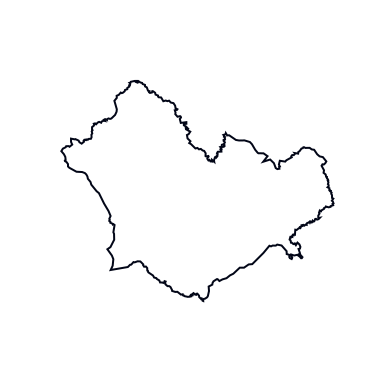 the district of Phon Thong, Roi Et, Thailand, rotated 311°
{"feature_id": "78962969B17722386681463", "entity_name": "Phon Thong", "entity_type": "district", "adm_level": 2, "iso_a3": "THA", "parent_name": "Thailand", "parent_adm1": "Roi Et", "projection": "robinson", "projection_center": [103.964, 16.293], "detail": "fine", "context": "isolated", "style": "outline", "palette": "ink", "viewbox_px": 384, "rotation_deg": 311, "n_neighbors": 0, "source": "geoboundaries", "source_scale": "gbopen_adm2", "svg_char_len": 6053}
<svg xmlns="http://www.w3.org/2000/svg" viewBox="0 0 384 384"><g transform="rotate(311 192 192)"><path d="M140.0,66.1L137.1,66.6L136.5,70.5L135.4,73.3L133.6,75.3L132.6,75.4L132.7,75.9L132.0,76.1L132.3,77.7L131.7,80.1L129.9,81.7L129.8,83.5L131.5,91.5L135.0,96.0L136.0,98.7L135.9,100.7L135.1,102.9L133.7,104.7L133.0,108.8L131.5,111.1L130.0,119.5L130.1,122.5L125.6,133.2L122.9,141.4L120.5,146.3L117.5,147.2L117.2,148.0L115.9,148.5L116.0,149.9L115.2,150.5L115.9,152.7L115.5,153.6L116.2,153.8L116.3,155.2L110.0,159.1L109.3,160.6L104.9,164.6L96.9,166.6L93.3,165.7L91.5,173.2L89.7,176.7L84.3,180.5L79.8,181.8L93.3,192.8L96.4,193.0L97.4,193.8L100.7,193.8L101.3,194.9L104.0,196.4L105.7,198.6L105.4,202.7L104.7,203.1L104.2,204.9L105.5,206.1L105.2,208.1L103.4,209.8L103.6,210.4L102.7,211.7L103.4,217.4L102.6,219.5L103.6,221.6L103.3,222.5L103.8,225.3L102.8,227.3L104.4,229.2L104.5,230.0L105.2,230.3L106.7,229.8L107.1,230.8L105.5,231.2L105.7,231.7L104.9,232.5L104.9,235.3L106.0,236.6L106.2,238.0L105.0,241.1L104.3,241.9L105.6,244.9L107.1,246.5L107.3,251.0L108.7,252.1L108.1,253.0L108.6,253.8L108.4,254.5L110.1,257.6L111.4,258.9L112.2,258.8L111.9,259.3L112.9,260.0L113.8,259.5L114.2,259.9L114.4,259.3L114.9,259.8L115.4,259.2L116.7,259.5L116.6,261.7L117.2,262.6L118.1,262.1L118.8,262.7L118.4,265.3L117.4,266.4L117.3,267.9L118.0,268.9L117.1,269.5L117.5,270.8L116.9,271.4L117.1,272.0L118.5,270.7L120.2,271.9L122.5,272.5L124.0,272.2L128.4,269.8L131.6,266.6L135.4,268.1L136.8,267.2L138.7,266.8L142.5,267.9L143.0,268.5L142.8,271.1L146.0,272.3L149.6,274.6L154.1,275.4L157.4,276.8L166.2,277.7L169.0,280.9L174.5,282.3L177.1,284.8L192.8,285.9L202.2,285.7L202.8,287.3L204.5,288.0L206.5,290.4L208.2,290.8L210.4,294.7L209.4,302.2L207.3,304.2L208.5,306.9L206.8,308.0L206.3,309.2L206.8,311.2L207.4,311.1L208.4,310.5L209.2,307.6L209.8,307.6L211.1,310.8L213.6,312.6L213.9,315.8L213.6,317.8L214.1,318.3L215.3,318.1L215.8,314.3L215.3,313.5L216.6,313.7L218.9,309.8L220.1,310.6L221.7,309.8L222.9,307.5L223.0,304.8L221.6,305.0L221.0,304.0L220.6,305.2L220.0,305.3L220.4,303.7L219.2,302.7L219.2,300.5L218.7,299.9L220.1,298.2L220.1,296.9L222.4,295.8L222.6,296.5L223.4,296.2L223.9,297.2L224.9,296.3L225.9,296.2L226.1,297.1L226.8,296.8L227.3,297.7L231.3,294.7L232.0,295.9L234.9,296.4L235.7,297.5L236.3,297.4L236.6,296.5L238.2,297.2L238.8,296.5L240.0,297.4L239.6,298.0L240.4,298.2L240.4,298.9L241.9,299.2L242.4,300.1L243.2,299.3L244.1,299.3L244.2,300.2L244.4,299.7L246.4,300.2L246.1,301.2L247.0,301.0L247.2,301.5L247.6,301.0L248.1,302.4L249.5,301.9L249.4,303.1L250.1,303.5L252.5,302.7L253.1,303.2L253.2,304.5L254.5,305.3L256.4,305.4L255.5,304.7L255.6,304.0L257.0,302.8L259.3,302.4L259.6,301.5L261.3,300.8L261.1,301.4L262.1,301.3L262.3,302.0L262.9,301.7L265.9,302.7L266.7,302.2L268.3,302.9L268.9,302.6L270.1,305.2L271.7,306.3L272.3,305.9L274.6,307.2L275.2,305.9L276.2,306.3L277.2,304.6L277.2,303.3L279.7,303.0L279.4,301.6L281.5,299.7L282.0,298.2L283.1,297.8L283.2,296.6L283.8,296.2L283.2,295.6L283.4,294.6L284.0,294.6L284.0,294.0L285.0,293.2L284.5,291.2L286.1,291.3L286.9,290.5L287.1,289.4L288.6,288.8L289.2,287.7L289.8,287.6L289.9,286.6L290.7,286.4L290.9,284.8L291.9,283.9L291.5,283.2L292.9,281.4L292.8,278.7L295.0,277.4L296.8,272.6L298.5,272.3L299.1,273.4L301.1,273.7L303.2,273.3L304.2,267.9L302.6,264.9L302.6,261.7L304.0,256.5L302.7,254.4L302.5,251.8L299.6,248.6L299.4,247.4L298.8,246.7L297.8,246.9L296.6,246.1L293.5,246.4L291.9,246.0L290.6,246.9L288.8,244.0L288.7,244.7L286.6,244.6L285.6,243.4L284.9,243.4L284.0,243.5L283.6,244.5L277.9,242.4L276.1,242.4L273.2,237.8L269.7,239.6L268.9,241.6L268.2,241.2L266.9,242.7L265.3,241.4L265.0,239.5L267.5,234.9L267.8,229.7L261.6,225.9L268.6,225.5L268.1,220.6L264.8,216.7L264.7,215.8L265.3,212.1L267.4,205.9L267.7,202.9L265.4,197.8L261.8,193.8L260.1,191.0L259.2,182.9L257.8,181.4L258.6,178.9L257.6,179.4L255.7,178.3L255.6,179.3L254.7,179.8L255.1,180.9L254.3,181.1L253.6,182.3L253.0,182.5L252.0,181.7L251.3,182.3L251.1,184.2L249.5,184.6L248.4,184.2L248.9,185.3L248.3,185.6L248.1,186.4L246.9,186.3L246.6,185.5L245.8,185.3L246.1,184.3L245.4,184.7L244.5,183.9L244.1,185.5L243.1,185.4L243.3,186.4L242.0,186.6L242.4,187.1L241.8,187.7L239.3,185.1L238.3,185.2L237.4,185.6L237.7,186.2L236.6,187.1L235.3,187.0L235.3,187.7L233.7,187.7L233.8,186.8L233.3,186.5L230.2,187.9L229.4,188.9L229.4,186.1L228.9,186.6L228.3,186.1L228.1,186.5L227.9,185.9L227.6,186.4L227.2,185.9L227.7,184.1L226.6,183.7L227.0,182.1L227.4,181.5L229.6,181.3L229.9,180.7L228.1,179.3L228.0,178.6L230.2,176.9L231.0,174.2L230.3,172.7L230.3,170.4L228.8,169.3L228.8,167.2L227.1,166.0L227.5,159.9L227.1,157.8L229.3,157.5L229.5,153.5L231.7,150.8L233.4,151.5L236.4,151.1L235.4,146.3L235.9,145.7L236.7,147.5L237.2,147.6L237.5,144.7L237.0,142.1L237.9,141.3L239.8,143.0L241.0,141.9L236.8,138.2L239.1,134.9L241.0,134.8L241.5,134.0L241.4,133.2L239.3,131.7L239.8,128.3L241.1,127.5L242.4,125.4L244.2,126.8L244.9,126.7L244.4,124.7L246.1,122.6L246.9,119.7L245.6,117.3L245.9,114.8L244.4,113.8L243.8,112.2L241.7,110.8L243.1,106.7L241.6,104.6L241.8,103.7L242.5,103.1L241.6,100.6L242.7,99.1L242.5,96.6L242.1,95.9L240.8,96.5L239.2,95.3L239.1,94.2L240.2,93.8L239.6,92.3L241.3,89.3L240.9,87.3L242.0,86.2L241.1,84.0L241.6,82.8L240.8,81.2L240.5,78.5L239.8,77.7L239.5,79.3L238.9,79.3L238.2,77.5L238.1,75.8L235.0,73.5L234.1,73.8L233.4,73.3L233.3,74.3L231.7,75.2L231.2,74.6L230.2,75.5L228.1,74.9L227.1,75.7L225.1,74.5L223.8,75.1L221.5,74.7L220.5,74.1L220.3,73.0L217.2,73.0L215.2,72.0L213.7,73.5L209.9,73.6L205.1,81.0L203.1,82.4L199.7,83.4L194.5,82.9L193.4,82.2L192.7,80.7L190.8,80.0L190.5,80.4L190.0,78.6L188.6,78.1L188.4,79.5L187.9,78.6L186.0,77.6L184.7,78.0L184.0,75.9L182.6,75.3L180.2,75.2L180.2,73.8L179.1,73.1L178.6,74.1L177.6,74.4L175.4,74.0L173.2,75.9L173.3,76.4L171.9,76.6L170.8,78.3L169.3,78.5L167.4,80.3L165.8,80.8L164.4,79.3L163.1,79.1L163.1,78.5L161.6,77.2L161.4,77.6L160.6,76.5L159.5,76.6L159.1,77.5L156.1,77.0L155.7,74.4L156.4,72.8L156.2,71.9L155.4,69.3L154.9,69.1L152.9,65.7L150.4,67.9L149.2,70.5L145.8,69.9L145.7,68.8L144.0,67.0L142.9,67.3L140.0,66.1Z" fill="none" stroke="#020617" stroke-width="2"/></g></svg>